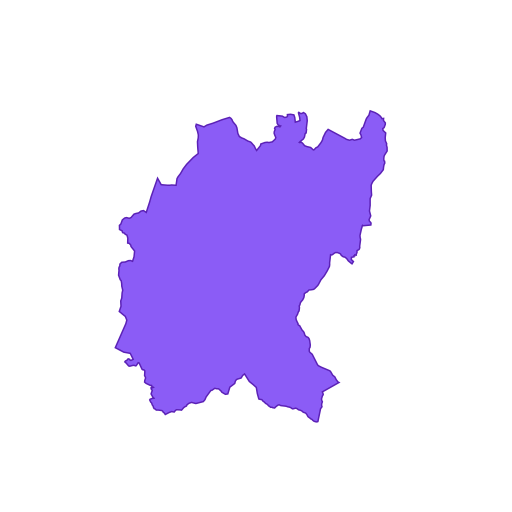 outline of Sinteu, Bihor, Romania, rotated 299°
{"feature_id": "2599482B35691886795936", "entity_name": "Sinteu", "entity_type": "district", "adm_level": 2, "iso_a3": "ROU", "parent_name": "Romania", "parent_adm1": "Bihor", "projection": "robinson", "projection_center": [22.5, 47.135], "detail": "fine", "context": "isolated", "style": "filled", "palette": "violet", "viewbox_px": 512, "rotation_deg": 299, "n_neighbors": 0, "source": "geoboundaries", "source_scale": "gbopen_adm2", "svg_char_len": 6101}
<svg xmlns="http://www.w3.org/2000/svg" viewBox="0 0 512 512"><g transform="rotate(299 256 256)"><path d="M438.2,300.9L437.2,299.6L438.0,298.2L438.7,296.4L439.1,293.6L439.1,290.4L438.3,285.5L433.9,286.5L430.6,286.0L429.1,286.0L420.6,287.4L419.0,286.7L413.9,287.4L412.7,289.2L410.8,290.9L409.0,290.4L405.0,286.0L404.7,283.6L402.6,281.7L401.9,278.6L402.0,276.6L401.7,257.7L397.9,256.9L392.3,257.2L389.6,257.9L386.8,257.9L381.4,257.1L379.6,255.9L377.4,255.4L376.8,255.1L376.6,254.8L376.6,254.6L377.4,251.2L376.4,247.6L376.0,244.9L376.4,244.2L377.3,241.8L377.4,240.4L376.3,239.1L376.3,238.8L377.2,239.0L381.3,240.7L383.6,240.7L386.7,239.7L387.5,239.8L387.9,240.2L391.3,238.8L391.8,238.2L399.2,235.2L402.4,233.0L404.3,230.3L404.5,228.0L403.0,227.1L402.2,225.9L402.4,223.8L401.8,223.7L398.5,226.9L395.8,228.8L394.4,227.7L392.1,225.5L396.0,222.7L397.8,220.7L396.7,217.5L394.9,214.9L393.4,215.8L392.4,215.5L391.5,214.5L391.0,213.7L391.1,211.2L389.0,206.2L388.5,206.2L387.4,206.8L382.3,210.2L381.5,211.6L381.4,213.1L381.7,214.5L380.5,214.3L380.5,213.3L379.3,211.2L377.9,210.3L376.6,210.4L375.9,211.4L373.6,211.7L372.2,212.3L370.9,213.7L369.2,215.9L367.6,216.2L363.7,214.9L361.5,212.3L360.9,210.6L359.6,208.8L356.3,205.9L354.7,206.4L348.6,205.4L349.7,203.4L351.4,201.1L352.1,199.0L352.7,197.4L353.0,196.4L353.0,195.4L352.6,193.2L352.7,188.7L352.3,185.8L352.5,184.7L352.3,184.0L352.5,183.4L354.4,180.7L358.9,177.1L360.5,175.1L362.0,171.2L362.6,170.1L363.4,169.2L364.2,167.5L364.4,165.7L358.8,160.3L351.3,154.0L346.7,149.6L343.7,147.9L342.3,139.9L340.2,140.4L336.6,144.5L333.9,146.9L331.3,148.2L327.6,149.4L323.2,152.1L317.6,155.8L311.8,153.4L302.6,150.9L297.0,150.1L291.4,150.0L287.4,149.4L285.4,149.4L279.1,151.8L277.1,147.6L276.1,146.3L275.0,144.3L272.4,138.5L276.3,132.2L257.2,135.5L251.7,136.8L240.9,138.9L241.2,135.6L239.5,133.6L236.8,132.5L235.0,130.4L233.5,129.0L229.1,128.1L227.5,126.9L226.8,124.1L225.5,122.7L222.7,121.6L218.5,122.3L216.6,121.7L213.0,123.8L213.1,126.7L211.8,128.0L212.2,130.0L211.6,131.0L211.7,133.0L209.5,135.2L205.1,137.5L205.6,139.0L204.8,141.2L203.7,142.1L201.5,147.4L196.2,149.7L191.5,150.6L191.2,148.4L190.0,146.6L187.4,144.6L185.4,141.6L183.0,140.9L181.3,141.7L179.7,141.7L178.2,142.3L177.1,143.1L172.6,145.1L169.4,148.8L169.1,150.0L166.9,151.8L164.6,153.2L161.5,156.0L158.8,156.8L154.1,159.0L151.1,159.5L146.6,162.3L141.2,163.3L139.8,171.0L137.3,174.1L133.6,175.0L107.6,177.4L107.8,187.0L109.9,193.2L106.1,198.7L104.1,197.3L103.9,196.8L104.0,196.1L104.4,195.6L104.2,194.3L103.8,193.9L102.0,193.6L100.9,192.7L99.8,192.6L99.4,194.4L98.1,197.9L98.4,199.0L100.5,201.2L101.2,202.2L101.6,204.1L102.0,204.4L105.6,204.7L105.8,205.6L101.7,211.2L101.6,212.1L102.1,213.0L101.6,214.5L97.3,216.6L96.4,218.1L95.3,218.7L93.4,219.0L91.7,219.7L91.3,221.6L91.6,226.3L92.2,227.4L91.1,228.5L91.4,229.5L91.4,229.9L90.4,229.2L90.0,228.1L89.6,228.2L88.7,229.1L88.1,230.5L86.0,230.8L84.5,231.1L82.3,234.6L82.3,235.3L82.1,235.7L81.8,235.3L81.5,234.6L79.4,232.8L78.6,232.8L77.2,234.7L76.9,235.9L75.5,237.4L74.7,239.0L73.7,239.9L73.1,241.0L73.3,242.0L72.9,243.4L74.0,245.5L75.2,248.7L74.9,250.0L74.4,250.5L74.3,251.7L73.4,253.5L77.0,255.9L79.0,257.6L79.9,260.1L81.8,260.4L83.0,261.0L84.5,264.0L85.1,265.6L88.4,266.3L90.0,267.1L90.6,267.6L91.1,267.9L92.5,267.8L94.7,268.8L96.7,270.6L97.8,274.9L103.1,280.5L105.5,281.0L108.6,280.7L116.5,281.7L117.1,282.5L120.3,284.1L120.8,285.9L121.7,287.7L120.9,291.1L120.3,292.2L120.2,296.3L121.7,298.2L128.6,296.7L134.2,299.2L136.6,298.6L138.4,298.8L139.3,299.4L141.9,302.0L142.4,302.2L144.4,302.2L145.5,302.4L147.3,303.2L143.0,311.0L142.2,315.7L141.2,320.0L136.4,323.8L132.3,327.8L132.6,329.1L133.2,330.7L132.4,332.6L132.3,334.1L131.7,335.9L131.8,336.8L131.6,338.3L131.0,339.7L131.1,340.6L130.8,341.7L130.8,342.2L131.5,343.4L131.4,344.0L131.7,344.9L132.1,346.0L133.7,346.4L136.0,347.4L137.1,348.3L137.1,349.1L137.2,350.2L139.0,354.6L139.3,355.6L139.5,356.9L140.1,358.8L140.2,359.8L140.0,361.9L140.2,362.4L142.2,364.5L142.4,366.0L142.1,367.7L142.6,369.6L142.7,371.2L142.4,372.3L142.3,373.2L142.7,375.5L142.1,377.2L140.9,379.0L140.6,379.7L140.4,381.7L140.1,382.8L140.2,384.2L139.8,385.4L139.6,386.9L140.1,389.1L140.9,390.2L141.2,390.4L153.7,386.5L156.1,386.8L157.2,385.8L158.6,385.1L160.7,384.7L161.4,383.7L162.7,382.6L165.8,381.9L167.3,382.0L168.4,381.1L169.3,379.9L185.6,389.9L185.6,388.7L186.8,386.0L188.5,383.5L188.9,380.9L191.0,377.4L191.4,376.3L190.4,367.1L190.3,363.6L190.8,362.4L197.3,352.8L197.9,349.8L198.5,348.8L200.8,347.5L202.4,347.5L204.5,346.6L208.0,344.0L209.4,342.5L210.0,341.2L210.0,340.2L209.8,339.0L210.4,337.2L212.3,335.2L212.9,334.2L213.6,332.1L216.3,327.8L216.1,327.1L216.2,326.5L216.5,325.9L217.2,325.6L218.6,323.5L219.9,321.9L221.6,320.7L222.4,320.5L225.0,320.6L227.7,320.1L228.8,320.3L231.8,319.1L233.3,318.0L234.4,318.1L236.6,317.5L237.8,317.6L240.3,318.1L242.8,318.0L244.7,317.4L246.1,316.6L246.6,316.6L248.4,317.4L249.4,318.2L251.9,318.8L252.3,319.2L252.8,320.1L254.5,322.3L255.5,323.0L260.1,324.3L261.4,324.4L266.7,324.3L271.8,325.3L277.5,325.5L282.4,325.3L284.0,324.7L285.7,323.7L293.3,320.6L293.5,321.5L293.8,321.9L294.9,322.5L296.4,323.1L297.5,323.8L298.5,325.6L298.8,327.7L298.8,328.9L298.1,329.9L297.8,330.8L297.6,332.7L298.0,333.9L298.1,334.5L297.7,336.6L296.5,339.1L295.7,343.3L295.7,343.8L298.4,343.9L299.1,341.1L301.1,340.1L302.8,342.1L303.7,341.6L304.1,342.3L304.9,341.9L305.4,343.2L305.8,342.9L308.1,342.6L309.5,341.8L309.8,341.8L311.3,342.8L312.1,343.0L312.8,342.9L313.7,342.7L314.9,341.9L320.8,339.6L321.5,339.2L322.4,338.3L324.3,337.0L330.7,335.1L332.7,334.7L333.8,334.3L334.5,334.3L334.5,335.2L338.8,341.4L340.3,340.8L340.9,340.2L341.5,338.3L342.5,337.3L346.7,336.9L350.4,333.4L355.6,331.3L361.5,328.0L365.3,327.6L368.2,325.7L373.6,322.5L375.0,322.2L378.0,322.1L384.7,323.6L388.5,324.8L393.2,325.5L395.8,324.4L398.0,323.7L399.7,323.6L401.3,322.5L401.4,321.7L402.8,320.7L405.1,319.7L406.5,319.5L411.4,319.8L414.5,318.0L416.2,316.4L417.6,315.8L419.4,313.4L422.2,311.6L426.5,309.8L427.4,306.3L428.9,305.1L430.4,305.8L433.7,305.3L435.1,304.6L436.4,301.7L438.2,300.9Z" fill="#8b5cf6" stroke="#5b21b6" stroke-width="1.5"/></g></svg>